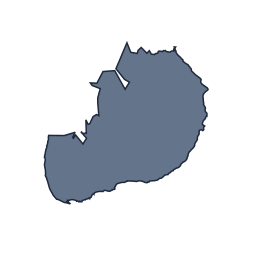 Los Cabos, Baja California Sur, Mexico (Robinson projection), rotated 22°
{"feature_id": "50627088B64168457575480", "entity_name": "Los Cabos", "entity_type": "district", "adm_level": 2, "iso_a3": "MEX", "parent_name": "Mexico", "parent_adm1": "Baja California Sur", "projection": "robinson", "projection_center": [-109.801, 23.272], "detail": "fine", "context": "isolated", "style": "filled", "palette": "slate", "viewbox_px": 256, "rotation_deg": 22, "n_neighbors": 0, "source": "geoboundaries", "source_scale": "gbopen_adm2", "svg_char_len": 5514}
<svg xmlns="http://www.w3.org/2000/svg" viewBox="0 0 256 256"><g transform="rotate(22 128 128)"><path d="M57.2,164.6L57.7,166.7L57.9,167.1L58.2,167.4L58.6,168.8L58.7,170.3L58.6,170.5L59.1,171.5L59.1,172.2L59.4,173.4L59.3,175.2L59.7,175.5L59.8,175.8L60.0,177.2L59.9,178.6L60.1,179.1L60.3,180.7L61.1,184.0L60.9,184.4L61.3,185.1L61.5,186.6L61.7,186.8L62.3,186.9L63.0,188.0L63.6,190.0L64.2,193.1L64.9,194.4L67.1,197.8L68.9,201.7L69.1,202.2L69.0,202.6L69.0,202.8L70.0,204.0L70.3,204.0L70.9,204.5L71.9,205.7L72.1,206.2L72.4,206.4L73.3,207.4L77.6,213.0L78.8,214.2L81.2,216.2L82.6,217.2L83.1,217.8L84.5,218.7L88.5,220.8L88.9,220.6L89.3,220.7L89.7,220.4L96.3,220.9L97.5,220.8L98.9,220.4L102.0,220.1L102.4,220.0L102.5,219.7L102.1,219.7L100.9,219.2L100.7,219.0L100.2,218.8L99.9,218.8L100.0,218.9L100.0,219.0L99.9,219.0L100.0,219.1L99.9,219.2L99.7,219.1L99.8,218.8L99.6,218.8L99.6,219.0L99.5,218.9L99.4,219.0L99.5,219.1L99.4,219.0L99.5,219.2L99.4,219.2L99.3,219.3L99.0,218.9L99.2,219.0L99.1,218.9L99.2,218.6L99.4,218.7L99.3,218.9L99.5,218.6L99.4,218.7L99.1,218.8L99.3,218.4L99.4,218.6L99.5,218.5L99.3,218.4L99.2,218.2L99.4,218.2L99.2,218.2L99.3,218.0L99.2,218.1L99.1,217.9L99.3,217.9L99.1,217.9L99.3,217.8L99.3,217.7L99.1,217.8L99.2,217.7L99.3,217.7L99.2,217.6L99.4,217.5L99.5,217.6L99.3,217.7L99.5,217.7L99.3,217.8L99.5,217.7L99.4,217.9L99.6,217.9L99.4,218.0L99.6,218.6L100.2,218.6L100.1,218.2L100.2,217.7L100.6,217.0L102.0,215.9L103.3,215.2L105.4,214.8L107.0,214.7L107.9,215.2L108.5,214.6L109.5,214.6L110.0,214.8L110.0,214.6L110.5,214.5L110.7,214.1L110.8,214.2L111.5,214.2L111.9,213.9L112.3,214.0L112.9,213.5L112.7,213.1L112.9,212.4L113.2,212.2L113.4,211.9L114.0,211.4L114.2,211.1L114.8,210.7L115.4,210.5L115.5,210.0L116.1,209.5L116.8,209.0L117.0,208.6L117.4,208.4L117.7,208.2L118.1,208.1L118.2,207.8L118.1,207.7L118.1,207.4L118.4,207.3L118.7,207.5L118.6,207.2L119.1,206.5L119.5,206.5L119.8,205.6L119.7,205.2L119.8,204.9L119.7,204.0L119.9,202.9L120.3,202.2L120.7,202.0L121.1,202.2L120.9,201.7L121.2,201.6L121.2,201.1L121.6,200.2L122.9,199.0L125.6,197.3L127.8,196.6L128.2,196.3L128.6,196.2L128.6,195.8L129.0,195.5L129.2,194.9L129.5,194.7L130.9,194.2L133.2,194.0L134.7,193.5L135.1,193.2L135.4,192.6L135.9,192.3L136.0,191.9L136.5,191.7L136.6,191.3L137.1,190.7L138.4,190.0L138.7,189.5L138.6,189.2L138.2,189.0L138.1,188.5L137.8,188.4L137.8,188.1L137.9,187.4L138.2,186.9L138.1,186.5L138.3,185.0L138.8,183.8L140.0,182.7L142.8,180.7L144.1,180.1L144.8,179.9L145.3,179.6L146.8,177.9L146.7,177.7L147.1,177.4L147.4,177.5L147.3,178.0L147.5,177.5L147.6,177.4L147.7,177.1L153.4,175.1L155.6,174.5L156.4,174.2L157.1,173.4L157.9,172.9L159.8,172.2L161.6,172.0L164.2,172.1L166.2,171.6L166.4,171.1L166.8,170.8L166.7,170.8L166.8,170.4L167.8,169.7L168.1,169.0L169.9,168.0L172.2,167.0L174.2,165.7L175.3,164.6L175.7,163.8L175.9,163.1L176.2,162.8L177.4,162.3L178.0,161.6L178.1,161.2L178.7,160.4L179.7,158.0L181.0,157.0L182.5,156.2L182.5,155.6L182.7,155.3L182.8,154.7L183.0,154.4L183.6,154.0L184.2,152.7L184.4,152.0L185.3,151.0L185.9,150.7L185.9,149.8L186.4,149.0L187.0,148.4L187.1,148.0L187.5,147.5L189.7,145.6L189.9,145.1L190.4,144.3L190.6,143.5L190.7,143.2L190.6,142.1L191.4,140.0L191.5,139.6L193.2,137.5L193.6,136.7L194.0,135.5L194.2,134.1L193.8,132.9L194.1,131.5L193.7,130.3L193.6,127.6L194.5,125.7L194.7,124.6L195.7,122.6L195.9,121.4L196.4,120.3L196.4,119.4L195.9,118.1L195.9,116.6L196.5,114.1L196.6,112.6L196.1,111.6L195.8,110.5L195.8,109.6L196.2,107.3L195.9,106.1L195.5,105.4L195.0,103.6L195.6,102.9L196.8,102.1L198.3,102.4L198.8,101.7L198.8,100.9L198.2,100.2L197.9,98.7L198.0,98.4L198.4,97.4L197.5,97.3L197.2,97.5L196.7,97.1L196.2,96.9L195.9,96.9L195.3,96.0L195.2,95.3L195.1,95.0L195.1,93.2L195.4,92.6L195.5,91.8L195.9,91.3L196.0,90.6L196.2,90.2L196.0,89.1L196.0,88.6L196.3,87.8L196.7,87.7L196.4,87.2L196.5,86.5L196.1,86.0L195.8,85.1L195.6,84.7L194.2,84.1L193.6,83.7L192.7,82.5L192.4,81.6L192.5,81.3L192.5,80.9L191.9,80.0L191.6,79.6L190.5,79.0L189.2,77.9L189.3,77.6L189.0,77.1L188.7,76.1L187.7,74.9L187.5,74.0L187.1,73.4L186.7,72.5L185.6,70.5L185.3,69.0L185.6,66.9L186.6,64.8L187.6,63.1L187.8,62.7L187.8,62.3L187.1,61.5L186.4,61.1L180.5,59.7L179.0,58.9L178.3,58.3L178.1,57.7L177.8,57.0L177.8,56.0L177.3,55.3L176.8,55.2L175.9,54.7L173.3,54.1L169.8,53.1L167.4,52.0L166.3,51.7L165.7,51.4L164.8,50.1L164.6,49.7L164.2,49.3L163.3,49.0L162.1,48.1L160.9,47.6L159.9,46.8L157.5,46.6L154.3,45.6L153.7,45.3L153.7,44.7L153.3,44.2L150.9,43.4L150.6,43.0L148.0,42.1L146.0,41.2L144.3,40.0L143.8,39.4L143.8,38.8L142.1,37.4L141.8,36.7L141.7,35.6L141.8,35.1L140.6,35.5L141.1,35.9L141.1,36.1L140.9,36.2L141.0,38.1L141.4,38.0L141.5,38.3L141.4,38.6L141.6,38.9L141.9,38.8L141.9,39.4L140.0,40.1L139.2,40.8L138.7,41.7L137.9,42.2L136.4,42.4L136.1,42.7L134.7,42.5L134.2,42.7L133.4,42.2L132.9,42.7L131.8,43.0L131.6,43.4L131.6,43.6L131.3,44.3L131.1,44.3L130.6,44.5L129.7,44.5L128.0,45.0L127.7,45.4L127.4,46.0L127.4,46.4L127.7,46.7L127.5,47.4L126.9,48.0L125.6,48.7L125.3,49.3L125.2,49.9L122.0,50.8L118.8,48.3L117.5,51.6L110.1,48.4L108.3,52.2L108.6,55.4L102.2,56.8L95.1,49.4L94.8,69.2L94.6,77.5L106.5,84.2L112.2,85.0L110.8,93.2L94.2,79.8L83.7,85.0L82.4,98.1L76.2,100.3L78.8,102.0L87.5,101.9L88.7,111.5L90.5,115.9L96.3,127.5L93.8,127.3L91.4,130.4L90.9,138.3L89.6,139.6L85.9,136.2L91.2,148.2L90.8,148.1L90.4,148.4L89.9,149.2L89.3,149.6L88.7,149.6L88.5,150.0L87.9,149.8L87.4,150.0L86.5,149.1L86.3,149.5L93.4,153.0L92.2,159.7L82.1,154.1L81.2,158.0L80.2,157.4L80.5,153.2L80.3,152.5L80.7,151.7L71.7,158.9L57.2,164.6Z" fill="#64748b" stroke="#1e293b" stroke-width="1.5"/></g></svg>